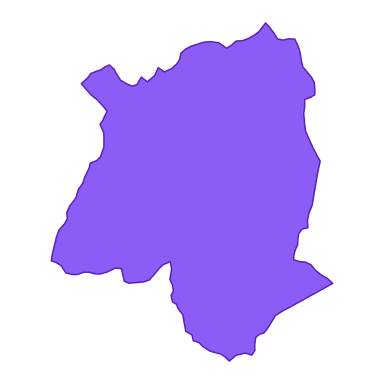 outline of Santa Bárbara d'Oeste, São Paulo, Brazil
{"feature_id": "56859067B87945303247777", "entity_name": "Santa Bárbara d'Oeste", "entity_type": "district", "adm_level": 2, "iso_a3": "BRA", "parent_name": "Brazil", "parent_adm1": "São Paulo", "projection": "albers", "projection_center": [-47.432, -22.803], "detail": "fine", "context": "isolated", "style": "filled", "palette": "violet", "viewbox_px": 384, "rotation_deg": 0, "n_neighbors": 0, "source": "geoboundaries", "source_scale": "gbopen_adm2", "svg_char_len": 2106}
<svg xmlns="http://www.w3.org/2000/svg" viewBox="0 0 384 384"><path d="M265.6,23.0L259.2,31.4L254.5,35.0L249.4,38.0L242.8,40.6L236.0,41.1L231.6,45.1L226.6,48.2L218.7,42.8L210.5,41.6L203.7,42.2L197.8,44.1L190.7,46.4L185.3,49.3L180.9,53.2L179.7,59.2L176.9,63.9L171.5,68.6L164.5,71.9L158.2,67.7L154.8,75.4L147.4,81.8L141.3,77.1L137.0,84.6L132.1,86.1L126.7,83.8L120.6,80.3L116.4,73.7L114.2,69.3L109.3,65.0L105.1,66.8L101.4,69.5L95.5,71.6L90.8,73.6L87.8,77.7L81.4,83.6L85.0,88.1L91.0,94.8L97.4,100.0L103.1,106.2L107.2,111.3L104.9,115.6L102.8,120.4L100.0,124.3L103.8,132.9L104.0,139.8L103.9,147.2L100.3,157.1L96.5,160.7L90.2,163.1L89.3,167.7L86.7,173.1L84.5,177.7L82.9,183.0L78.3,189.6L75.9,197.9L69.8,205.9L66.8,212.5L67.3,218.6L64.6,223.7L59.2,229.8L56.4,237.2L55.0,243.3L53.4,249.4L52.0,256.2L51.3,260.8L56.1,262.5L61.2,265.7L65.9,273.0L72.4,274.5L77.6,274.5L83.9,272.2L89.5,272.2L94.4,273.8L100.3,274.0L107.4,271.9L115.3,268.1L121.4,268.6L124.3,281.3L129.1,283.2L143.6,281.9L149.1,280.1L153.8,275.0L158.7,269.1L162.9,264.8L170.4,261.6L171.6,269.4L169.9,279.5L172.5,285.2L173.4,290.8L171.1,295.4L172.5,301.9L176.4,304.3L178.3,309.0L182.8,314.7L184.0,321.8L185.8,331.4L191.9,334.8L193.3,340.6L198.9,342.6L203.1,346.7L210.2,351.2L215.6,352.7L220.8,354.0L225.0,356.9L229.3,361.0L236.0,355.4L245.1,353.0L251.7,355.1L254.9,350.5L254.7,344.9L255.8,337.3L259.6,334.2L264.0,332.9L267.1,329.0L271.5,322.0L275.3,315.7L281.9,311.3L288.2,308.1L310.2,295.9L332.7,283.4L327.6,278.6L321.3,275.0L315.4,270.2L311.0,264.8L305.3,262.0L300.4,261.8L293.6,259.8L293.9,255.2L295.3,249.8L297.6,245.1L297.8,240.4L298.6,233.9L301.9,229.2L307.9,227.7L307.4,220.9L308.9,213.2L312.2,205.1L314.3,192.4L315.2,187.5L316.1,182.2L317.0,176.8L318.0,171.3L320.2,161.1L317.5,156.5L315.4,152.4L312.9,147.6L309.6,140.3L305.8,131.8L304.7,124.8L304.3,119.4L303.7,113.8L304.7,106.5L304.7,99.5L309.9,97.6L314.8,94.8L314.8,89.1L314.3,82.5L311.5,77.4L305.7,70.3L302.8,66.8L301.4,61.0L300.7,56.1L299.7,51.0L298.1,46.1L294.8,39.1L288.5,38.8L283.2,40.1L277.5,39.0L274.0,33.1L269.1,26.8L265.6,23.0Z" fill="#8b5cf6" stroke="#5b21b6" stroke-width="1.5"/></svg>